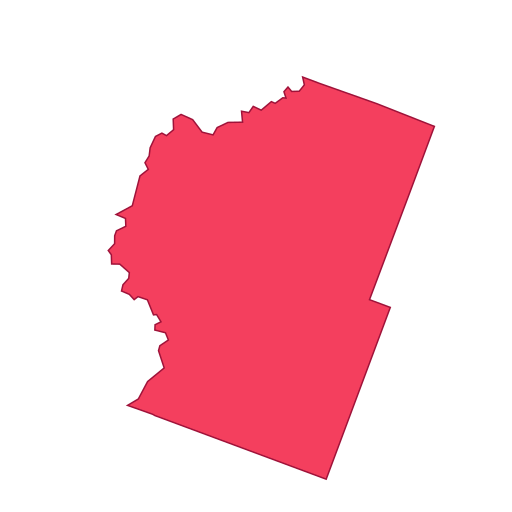 Park, Colorado, United States of America, rotated 21°
{"feature_id": "52423323B59552334476935", "entity_name": "Park", "entity_type": "district", "adm_level": 2, "iso_a3": "USA", "parent_name": "United States of America", "parent_adm1": "Colorado", "projection": "albers", "projection_center": [-105.968, 39.131], "detail": "fine", "context": "isolated", "style": "filled", "palette": "rose", "viewbox_px": 512, "rotation_deg": 21, "n_neighbors": 0, "source": "geoboundaries", "source_scale": "gbopen_adm2", "svg_char_len": 1035}
<svg xmlns="http://www.w3.org/2000/svg" viewBox="0 0 512 512"><g transform="rotate(21 256 256)"><path d="M399.8,255.9L377.6,256.1L376.8,141.0L376.1,71.1L314.3,70.5L252.7,72.1L235.4,72.2L239.8,78.9L237.3,86.7L230.3,89.6L225.3,86.8L223.2,92.6L227.4,97.8L224.3,98.7L219.2,106.6L215.0,106.4L208.6,118.0L199.8,117.3L198.0,124.7L190.6,126.0L195.5,135.9L182.0,141.3L173.7,150.0L172.5,158.3L161.3,159.7L148.0,151.4L135.3,150.7L129.6,157.8L133.8,167.6L129.3,175.7L124.1,175.0L119.3,180.4L118.4,192.9L120.4,200.9L118.9,208.7L124.4,213.7L119.0,222.8L122.5,253.4L110.5,267.4L120.7,267.7L123.8,274.9L116.7,282.5L116.8,287.7L119.6,295.2L116.1,303.8L120.5,306.7L124.1,315.2L131.7,312.4L143.7,316.9L145.2,322.5L142.1,330.5L143.0,336.9L151.5,337.2L157.9,340.4L160.4,336.2L170.3,335.8L181.4,347.7L184.2,346.3L190.9,351.5L186.4,356.3L188.1,361.4L199.0,360.1L204.3,365.8L198.4,374.2L198.9,379.3L210.4,393.4L199.8,412.0L197.4,431.6L189.6,441.5L216.3,440.8L218.8,441.2L401.5,439.2L399.8,255.9Z" fill="#f43f5e" stroke="#9f1239" stroke-width="1.5"/></g></svg>